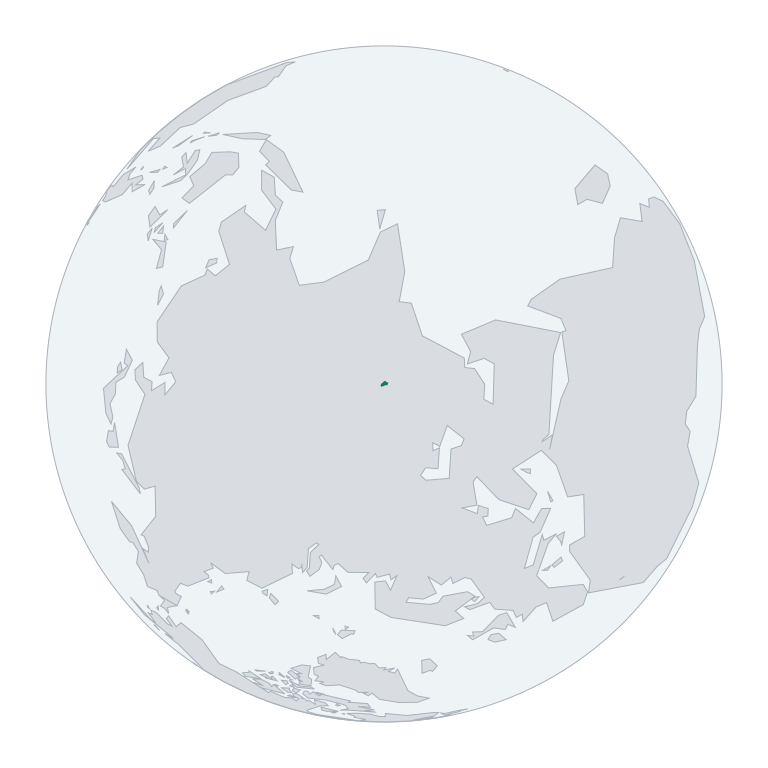 Panjshir on an orthographic globe, rotated 201°
{"feature_id": "AFG-1769", "entity_name": "Panjshir", "entity_type": "Province", "adm_level": 1, "iso_a3": "AFG", "parent_name": "Afghanistan", "parent_adm1": "", "projection": "orthographic", "projection_center": [69.851, 35.487], "detail": "fine", "context": "on_globe", "style": "filled", "palette": "teal", "viewbox_px": 768, "rotation_deg": 201, "n_neighbors": 0, "source": "natural_earth", "source_scale": "10m", "svg_char_len": 11762}
<svg xmlns="http://www.w3.org/2000/svg" viewBox="0 0 768 768"><g transform="rotate(201 384 384)"><circle cx="384" cy="384" r="338" fill="#eef3f6" stroke="#a8b0b8"/><path d="M450.2,52.6L456.4,55.7L482.9,67.4L499.0,72.5L489.4,71.0L525.1,82.9L544.4,94.2L517.8,80.8L511.4,79.1L522.1,85.9L517.9,85.8L520.6,89.4L514.6,89.0L499.5,82.2L495.3,82.1L503.1,87.0L502.0,90.4L491.1,83.0L488.1,88.4L462.3,80.1L438.0,64.0L418.9,62.3L381.1,54.6L379.7,56.4L364.6,55.8L357.3,57.9L352.4,56.7L350.9,59.6L356.8,60.4L358.1,62.1L354.4,63.7L347.4,62.1L348.3,61.1L344.3,61.6L342.4,60.2L341.2,61.8L333.3,60.3L335.6,64.3L324.5,65.2L320.8,63.6L328.5,60.5L339.0,51.8L337.5,50.8L327.7,51.6L293.7,59.1L289.1,59.9L277.4,63.4L276.5,63.9L285.3,61.6L280.9,64.4L292.2,62.1L292.0,63.3L300.7,63.1L291.4,66.9L277.7,71.1L270.0,71.7L263.7,73.9L264.6,76.9L244.0,82.7L219.7,95.2L215.3,96.8L218.2,92.0L234.5,81.9L237.8,79.3L260.0,69.6L282.8,61.6L306.1,55.2L329.9,50.4L353.9,47.4L378.0,46.1L402.2,46.6L426.3,48.7L450.2,52.6ZM236.9,79.8L227.7,85.2L216.8,90.5L211.6,93.5L207.5,96.2L208.4,96.1L203.0,99.3L209.2,94.8L215.2,91.3L213.8,92.1L218.3,89.5L236.9,79.8ZM460.1,54.8L460.9,55.0L462.2,55.4L456.9,54.2L458.0,54.3L460.1,54.8ZM511.4,76.8L505.2,73.6L512.7,76.9L511.4,76.8ZM522.0,90.0L525.2,91.1L525.3,92.6L522.0,90.0ZM305.2,61.1L303.0,62.1L302.5,61.6L305.2,61.1ZM311.1,60.4L312.2,59.1L315.1,58.6L314.4,59.4L311.1,60.4ZM516.1,93.5L515.3,95.9L513.5,92.2L516.1,93.5ZM309.1,62.1L320.2,57.9L325.3,57.2L326.9,59.7L309.1,62.1ZM513.1,96.6L511.4,103.4L518.2,106.1L497.9,102.9L506.1,97.7L502.8,92.5L508.5,95.9L513.1,96.6ZM360.3,60.0L353.8,59.2L362.6,58.5L360.3,60.0ZM365.6,59.2L390.8,56.3L398.5,58.8L388.5,59.0L401.2,61.7L392.5,64.3L383.6,63.4L380.4,61.1L379.5,64.0L365.6,59.2ZM486.9,100.5L484.3,101.5L484.2,99.2L486.9,100.5ZM359.3,62.8L363.7,61.7L370.7,63.7L363.1,66.3L363.3,64.8L359.3,62.8ZM408.8,61.4L412.6,63.8L406.6,66.4L407.3,67.8L393.0,64.7L408.8,61.4ZM359.8,65.1L359.1,67.7L352.4,68.3L355.5,64.1L359.8,65.1ZM375.7,63.3L378.6,64.5L374.5,64.6L375.7,63.3ZM328.4,73.0L333.5,71.1L337.5,71.9L328.4,73.0ZM359.3,68.6L361.6,68.4L363.7,68.7L361.9,70.5L359.3,68.6ZM389.8,67.0L386.5,67.8L395.3,68.3L391.2,70.8L382.4,68.4L384.5,70.5L383.2,71.3L377.4,68.6L389.8,67.0ZM366.6,73.3L354.0,72.0L343.5,75.0L339.6,74.3L357.1,69.6L366.6,73.3ZM373.5,70.7L368.3,72.1L366.1,70.1L368.2,68.1L373.5,70.7ZM391.6,73.5L400.2,70.3L401.8,71.0L391.6,73.5ZM364.0,74.5L367.1,74.9L363.5,74.9L364.0,74.5ZM383.6,74.1L386.4,72.7L388.2,73.5L383.6,74.1ZM371.0,76.9L366.9,76.3L368.2,74.8L371.0,76.9ZM377.1,75.9L378.9,77.3L371.1,74.5L378.1,75.1L377.1,75.9ZM384.9,75.0L386.8,75.1L383.4,75.5L384.9,75.0ZM368.4,83.6L358.2,80.5L361.1,76.8L370.6,80.3L368.4,83.6ZM52.1,379.7L57.5,322.4L63.6,311.5L70.9,291.5L118.2,262.3L121.3,275.0L150.6,294.2L153.0,300.2L142.0,313.7L157.9,352.5L172.0,344.4L194.0,370.0L213.4,378.4L233.6,350.7L201.9,336.3L203.8,318.6L235.2,317.2L264.1,330.8L265.8,324.5L253.8,304.2L266.8,296.3L250.4,296.4L252.3,304.5L242.1,305.1L239.7,297.9L244.4,295.1L237.5,288.8L216.9,304.9L216.7,314.9L194.7,307.9L192.2,324.2L183.9,327.6L185.1,301.6L189.9,294.4L186.9,262.1L179.8,268.7L182.3,300.1L178.7,295.4L169.2,306.1L173.6,294.3L172.8,259.7L157.2,252.6L126.2,268.3L119.5,263.0L118.9,249.5L141.3,223.0L153.9,238.2L162.1,230.3L169.1,212.1L172.3,218.7L176.7,213.5L182.4,218.9L199.9,213.5L207.1,218.0L223.0,204.1L228.9,204.9L217.8,212.6L213.9,220.9L233.0,233.3L239.3,232.2L248.2,222.5L252.3,227.7L258.4,216.8L273.8,219.9L260.2,207.5L270.2,197.3L284.4,193.3L285.2,188.1L262.1,194.7L255.0,199.5L252.9,207.0L231.6,220.0L223.1,218.5L236.1,197.6L225.5,193.7L240.2,180.3L293.8,168.6L311.5,170.8L321.6,195.8L312.2,200.7L304.0,193.8L303.2,209.7L307.3,203.7L310.8,208.5L321.2,201.0L324.1,204.1L329.1,192.1L333.9,195.0L330.6,202.6L350.1,195.3L362.5,199.9L365.5,196.9L365.2,192.4L381.1,201.9L382.6,199.3L378.0,195.1L378.0,187.5L384.2,178.0L389.3,181.8L387.8,185.7L392.3,200.2L387.4,210.8L390.1,211.5L395.6,203.3L390.1,185.5L392.4,178.8L396.4,186.6L395.1,183.2L397.8,181.1L405.4,182.9L401.6,174.3L424.8,149.6L441.7,151.5L442.7,160.5L464.3,150.2L481.7,155.0L477.4,150.9L484.8,144.4L479.5,142.7L478.0,140.3L494.7,125.0L502.7,125.1L505.0,115.6L502.8,113.7L497.1,113.0L497.9,102.9L518.2,106.1L522.1,110.0L532.2,110.1L539.8,119.6L550.7,128.1L553.3,139.7L561.7,146.1L564.7,145.5L578.4,154.5L596.3,176.7L568.8,161.2L539.3,132.5L550.2,144.0L543.8,142.5L545.3,147.5L553.4,156.0L556.7,156.2L549.7,178.7L561.2,206.7L569.9,200.0L580.3,204.5L601.0,235.0L603.5,288.7L617.5,298.7L621.6,308.0L616.9,317.6L610.7,304.2L601.4,303.0L598.7,294.5L589.0,306.9L584.6,295.3L579.2,311.4L586.7,318.7L596.8,311.5L594.1,331.4L610.8,342.1L618.1,360.7L608.3,403.0L590.1,421.6L590.2,428.0L580.2,424.5L571.1,440.3L593.0,467.4L593.8,476.9L577.1,501.1L576.0,494.5L549.6,485.0L547.6,508.6L567.7,521.1L574.8,539.7L560.6,537.7L553.1,521.4L543.7,517.5L544.1,497.7L532.3,470.6L517.8,479.8L517.0,467.6L498.5,445.8L476.6,457.6L443.1,494.1L441.8,524.6L428.8,538.4L404.9,496.4L399.3,466.3L387.4,469.2L365.5,442.7L318.4,437.0L314.5,428.3L305.0,430.8L290.0,420.0L285.3,405.5L274.9,404.2L288.3,442.4L299.8,443.8L313.4,432.5L314.7,445.3L329.5,458.2L302.8,483.8L237.6,495.3L236.1,471.6L212.0,396.0L215.5,389.3L215.6,388.5L215.6,386.9L208.4,397.0L205.9,382.2L213.4,433.5L212.6,453.2L236.6,496.4L233.1,499.0L242.3,508.6L277.8,508.4L276.9,515.7L257.2,545.0L212.3,574.6L221.2,603.3L222.8,623.9L201.3,628.2L209.8,644.2L199.6,644.1L203.3,651.7L198.9,655.3L189.0,654.6L165.2,639.5L158.5,632.1L138.6,610.4L108.8,561.9L109.3,548.1L105.0,531.7L88.4,484.3L91.6,467.0L88.5,454.8L81.2,449.4L78.3,434.7L74.4,429.7L54.6,404.4L52.1,379.7ZM93.9,285.5L90.7,290.8L93.9,285.5ZM289.6,361.6L310.1,367.9L309.6,345.8L317.5,346.7L314.4,339.2L309.4,344.3L303.2,324.3L315.2,320.7L317.2,311.7L310.3,309.2L289.3,319.2L298.1,347.3L289.7,354.2L289.6,361.6ZM216.3,90.8L215.5,91.4L210.6,94.4L211.5,93.7L216.3,90.8ZM197.6,105.9L189.3,110.7L195.8,106.4L195.4,105.8L208.6,96.6L213.7,97.2L209.0,98.2L197.6,105.9ZM227.7,85.6L218.7,90.6L228.3,85.2L227.7,85.6ZM195.4,182.7L194.3,188.3L187.5,192.5L178.4,189.1L188.1,182.7L195.4,182.7ZM194.2,195.6L209.6,177.0L215.9,179.2L209.8,180.9L212.4,184.2L203.2,188.1L194.1,209.2L187.5,214.5L174.3,203.9L182.2,204.1L182.9,198.2L194.2,195.6ZM238.1,133.4L244.8,127.5L249.7,139.5L242.8,143.8L233.3,140.0L235.8,132.9L238.1,133.4ZM309.8,68.2L312.1,66.6L314.0,66.8L313.6,68.4L309.8,68.2ZM330.4,72.1L301.8,76.0L303.0,74.2L284.9,79.7L280.9,77.3L292.7,73.6L276.1,76.4L285.2,72.1L273.6,74.8L300.5,66.8L308.0,63.8L301.1,67.9L304.6,70.1L308.3,70.1L324.6,68.2L342.5,63.6L348.8,65.7L348.5,68.5L345.2,69.9L342.1,67.9L339.9,71.3L332.9,69.6L330.4,72.1ZM341.2,110.8L339.1,106.0L333.3,116.1L326.3,112.9L326.1,114.3L318.1,114.4L307.9,117.2L305.9,115.1L302.8,117.2L297.4,117.6L292.5,119.8L287.1,117.1L280.7,119.8L281.8,117.0L272.2,122.6L276.9,117.3L270.4,117.9L269.2,122.7L251.8,106.3L240.9,104.8L229.2,106.9L238.9,98.7L256.0,92.0L275.2,88.0L284.3,91.2L287.0,87.3L292.2,87.9L287.9,90.7L297.6,86.8L300.7,88.1L317.8,87.1L329.9,81.6L336.5,81.5L333.3,84.3L342.0,82.3L340.5,87.8L345.1,88.0L348.2,94.0L339.4,100.0L345.2,99.8L347.9,104.9L341.2,110.8ZM368.8,85.4L359.9,92.4L351.6,94.4L349.7,83.2L345.7,82.3L344.1,76.1L356.1,73.5L355.4,75.5L357.6,76.8L353.0,77.0L358.3,77.9L357.5,80.7L361.4,82.3L357.5,84.0L368.8,85.4ZM160.4,297.5L163.1,300.6L168.4,303.6L162.5,310.7L160.4,297.5ZM159.3,273.9L162.4,275.1L156.7,285.8L153.9,282.9L159.3,273.9ZM169.0,267.0L163.1,274.3L164.6,268.7L169.0,267.0ZM221.2,213.4L225.1,214.4L223.6,217.0L219.2,219.5L221.2,213.4ZM322.6,143.2L322.7,139.4L325.1,138.9L331.8,131.3L337.5,133.4L335.7,138.9L322.6,143.2ZM225.5,353.6L217.0,357.1L215.3,352.9L218.6,352.5L225.5,353.6ZM186.1,333.8L192.8,342.4L184.4,335.6L186.1,333.8ZM330.0,144.3L332.1,140.8L333.6,144.1L330.0,144.3ZM342.0,134.7L344.6,138.0L338.9,132.9L342.0,134.7ZM380.4,720.1L385.6,720.7L379.8,720.7L380.4,720.1ZM275.8,634.8L265.5,664.1L250.6,660.3L243.8,649.9L244.8,631.0L260.7,629.2L267.4,620.9L275.8,634.8ZM635.9,556.3L642.4,553.4L641.9,554.8L635.9,556.3ZM629.4,556.2L637.1,552.2L627.6,559.6L629.4,556.2ZM640.1,550.6L647.9,543.5L651.4,539.5L650.5,542.3L640.1,550.6ZM623.9,559.2L592.1,573.5L578.9,575.4L582.5,569.7L603.9,562.3L623.9,559.2ZM581.4,570.0L560.6,564.4L528.5,534.1L540.1,531.9L572.9,546.2L570.9,550.8L583.6,556.7L581.4,570.0ZM629.9,525.6L627.7,538.5L610.6,545.7L602.6,547.3L597.1,534.2L600.2,525.0L607.0,522.4L630.4,482.9L639.2,485.3L632.6,500.9L639.6,508.0L629.9,525.6ZM443.5,527.2L452.6,543.7L445.2,547.2L443.5,527.2ZM637.9,458.0L629.8,475.5L636.5,454.2L637.9,458.0ZM640.6,439.3L642.2,445.4L637.5,441.3L640.6,439.3ZM591.9,437.2L584.8,441.6L583.7,437.0L592.0,428.7L591.9,437.2ZM623.6,376.5L627.2,390.4L627.2,395.8L622.2,389.0L623.6,376.5ZM381.7,163.4L366.0,171.1L358.5,179.3L360.2,187.6L351.1,179.8L362.6,167.1L381.7,163.4ZM418.9,150.6L417.3,144.3L422.4,145.4L423.5,147.0L418.9,150.6ZM414.8,147.9L404.6,143.4L406.6,138.8L414.3,143.3L414.8,147.9ZM366.8,142.6L361.8,144.5L360.6,141.6L366.8,142.6ZM639.5,605.2L637.2,607.6L590.1,649.2L582.2,653.0L589.5,646.0L592.8,632.9L595.9,631.6L600.5,619.8L631.3,592.9L655.0,558.4L666.1,550.5L678.1,526.0L687.6,516.7L681.4,533.3L687.2,530.5L701.0,492.4L695.5,515.1L684.2,539.2L671.0,562.3L656.1,584.4L639.5,605.2ZM651.7,547.4L661.4,532.6L665.9,528.5L651.7,547.4ZM711.2,459.6L711.9,465.2L709.5,472.3L707.4,471.2L702.5,485.9L693.4,497.7L696.5,489.4L696.1,482.8L684.7,492.2L682.4,489.1L687.1,481.0L678.6,484.6L688.0,473.3L691.2,481.0L696.3,466.9L703.5,459.8L709.3,454.1L712.4,454.4L711.2,459.6ZM686.6,498.1L688.1,496.6L686.4,501.3L686.6,498.1ZM718.6,431.2L719.1,426.8L719.1,427.8L718.6,431.2ZM713.4,450.6L717.5,432.3L718.1,430.3L715.2,446.8L713.4,450.6ZM717.2,428.5L718.4,425.5L718.6,428.4L718.2,430.8L717.2,428.5ZM667.5,505.3L666.9,508.7L664.2,508.4L667.5,505.3ZM671.1,500.6L678.8,497.5L670.2,503.9L671.1,500.6ZM644.1,508.1L646.8,514.0L655.6,503.7L648.9,514.8L654.1,523.3L651.8,529.1L646.8,519.6L643.8,534.5L639.9,536.6L638.4,526.2L642.8,509.4L646.7,501.0L662.0,488.6L644.1,508.1ZM671.3,491.5L669.1,484.4L670.6,477.2L673.1,480.1L671.3,491.5ZM661.3,467.7L654.0,461.4L648.4,469.2L658.7,446.7L664.2,456.5L661.3,467.7ZM653.4,448.0L648.3,455.2L652.9,442.9L653.4,448.0ZM646.4,452.5L644.7,445.4L649.3,443.7L646.4,452.5ZM656.3,446.5L655.4,433.1L658.7,439.1L656.3,446.5ZM639.8,429.7L651.6,436.2L638.2,438.5L632.6,414.1L637.9,410.3L639.8,429.7ZM637.7,309.9L633.6,303.5L637.0,298.7L638.9,304.4L637.7,309.9ZM644.3,279.4L636.6,295.4L629.7,309.2L634.1,310.3L636.9,324.1L627.5,316.0L628.8,297.6L634.9,289.5L631.2,278.5L632.8,267.6L625.3,256.0L624.5,248.8L633.2,257.1L644.3,279.4ZM621.7,251.4L609.2,229.8L617.8,226.7L622.4,230.7L624.6,241.7L619.9,242.6L621.7,251.4ZM608.7,223.9L604.0,224.8L575.9,199.9L572.1,194.2L598.0,210.2L595.1,212.1L600.5,219.1L608.7,223.9ZM487.6,103.1L484.6,101.6L488.2,101.9L487.6,103.1ZM474.9,139.5L473.5,136.4L477.7,136.4L474.9,139.5ZM471.8,127.9L468.0,129.9L469.9,126.1L471.8,127.9ZM459.9,135.2L465.5,130.0L463.2,137.3L459.9,135.2Z" fill="#d9dde1" stroke="#a8b0b8" stroke-width="1"/><path d="M385.6,381.6L386.0,381.9L385.9,382.1L385.9,382.4L385.9,382.5L385.9,382.8L385.8,383.1L385.7,383.3L385.7,383.5L385.6,383.8L385.4,384.0L385.2,384.1L385.0,384.3L384.9,384.4L384.5,384.6L384.4,384.7L384.3,384.8L384.5,385.0L384.6,385.5L384.3,385.9L384.3,386.0L384.1,386.0L383.9,386.1L383.8,386.3L383.7,386.4L383.5,386.0L383.4,386.0L383.3,385.9L383.2,385.9L382.6,386.0L382.3,386.0L382.2,385.9L382.1,386.0L381.8,385.9L381.5,385.9L381.4,385.8L381.1,385.9L381.1,385.7L381.1,385.0L381.2,384.7L381.4,384.5L381.5,384.5L381.6,384.4L381.8,384.4L382.0,384.3L382.0,384.2L382.3,384.1L382.6,384.2L383.3,383.7L383.5,383.7L383.6,383.2L383.7,382.9L383.8,382.7L384.0,382.7L384.2,382.4L384.3,382.4L384.5,382.2L384.9,382.1L385.3,382.0L385.4,381.9L385.5,381.9L385.6,381.7L385.6,381.6Z" fill="#14b8a6" stroke="#0f766e" stroke-width="1.5"/></g></svg>